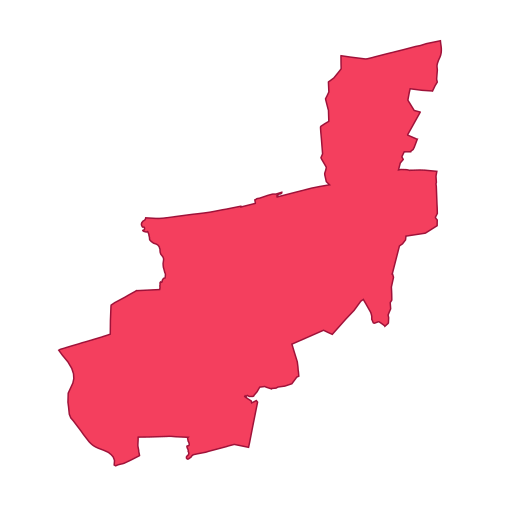 the district of Viesturu pag., Rundales, Latvia, rotated 174°
{"feature_id": "27541924B49235557147399", "entity_name": "Viesturu pag.", "entity_type": "district", "adm_level": 2, "iso_a3": "LVA", "parent_name": "Latvia", "parent_adm1": "Rundales", "projection": "orthographic", "projection_center": [23.935, 56.446], "detail": "fine", "context": "isolated", "style": "filled", "palette": "rose", "viewbox_px": 512, "rotation_deg": 174, "n_neighbors": 0, "source": "geoboundaries", "source_scale": "gbopen_adm2", "svg_char_len": 5855}
<svg xmlns="http://www.w3.org/2000/svg" viewBox="0 0 512 512"><g transform="rotate(174 256 256)"><path d="M249.9,312.4L251.3,311.9L251.1,309.2L251.2,308.4L265.9,306.3L265.9,307.1L279.7,305.8L280.6,305.7L284.4,305.5L292.2,304.8L297.2,304.4L303.3,304.2L309.9,304.1L314.6,304.1L344.1,303.3L348.7,303.5L352.0,303.9L361.7,305.5L361.9,304.8L362.5,303.7L363.6,303.0L364.5,302.6L365.0,302.3L365.5,301.6L366.0,301.3L366.1,300.9L366.3,300.5L366.5,300.2L366.7,299.1L366.5,298.2L366.3,297.6L365.9,296.8L365.5,296.5L365.3,296.5L364.5,296.5L364.2,296.3L364.0,295.9L363.9,295.6L363.9,295.3L364.1,294.5L364.3,294.0L364.5,293.8L365.0,293.6L365.9,293.3L365.9,293.0L365.4,292.6L365.0,292.2L363.2,291.5L362.2,291.3L361.8,291.5L361.5,291.7L361.1,291.4L361.0,291.2L361.0,290.9L360.7,290.1L360.6,289.8L360.4,289.2L360.3,288.6L360.3,287.8L360.3,287.7L360.3,287.4L360.2,287.1L360.0,285.3L360.1,283.7L359.9,283.0L358.7,281.4L356.6,279.5L353.8,278.2L352.5,277.2L351.2,275.2L351.2,274.3L350.9,273.4L350.8,272.7L350.8,271.9L350.9,271.6L350.9,269.7L350.6,268.2L350.4,267.6L348.8,265.1L348.4,264.0L348.2,262.9L348.3,261.8L348.6,260.6L349.2,258.2L349.3,256.2L349.3,254.5L348.8,251.6L348.5,249.4L348.1,248.1L348.0,247.0L348.4,244.9L348.7,243.7L350.3,243.4L351.5,242.0L352.0,240.9L352.0,240.4L352.5,239.8L353.1,239.7L353.5,240.2L353.9,239.9L354.1,239.7L354.3,239.1L354.3,237.9L354.7,236.5L354.8,234.4L355.3,232.7L378.4,234.0L378.5,234.1L380.7,233.0L381.1,232.9L387.2,230.3L390.7,228.7L401.3,224.4L405.2,222.3L405.5,221.0L407.5,207.2L409.1,193.5L412.1,192.8L420.4,191.1L434.9,188.4L438.0,187.9L441.2,187.2L448.5,185.9L460.5,183.6L462.0,182.9L459.0,177.7L454.1,170.3L451.0,163.5L449.8,158.0L450.0,153.1L451.4,148.8L457.1,139.2L458.3,130.3L458.2,125.5L458.2,118.1L457.1,114.3L455.0,111.3L448.4,100.4L446.3,96.6L441.4,88.7L439.9,86.8L438.4,85.2L437.3,84.2L435.4,82.8L432.9,81.3L427.7,78.7L423.3,76.1L420.8,73.6L419.1,71.2L418.5,69.2L418.1,67.3L418.9,63.0L417.5,62.0L415.3,62.7L412.8,63.1L410.1,63.4L408.7,63.7L401.3,66.3L395.1,68.7L393.2,69.4L392.7,69.7L392.8,71.6L392.9,72.2L393.1,74.2L393.0,74.5L393.0,75.2L393.3,78.8L393.3,80.0L393.2,80.8L392.5,85.2L392.2,87.9L392.1,88.2L381.4,87.2L363.8,85.9L361.5,85.8L359.1,85.5L355.0,84.7L342.5,82.8L342.9,82.5L343.0,82.3L343.1,81.3L342.9,80.5L342.9,79.3L342.8,78.8L342.6,78.4L342.4,78.0L342.1,76.6L342.1,75.4L342.3,75.1L342.5,74.7L342.9,74.4L344.3,74.3L344.6,74.0L344.6,73.1L344.5,72.7L344.4,72.1L344.1,71.5L343.7,69.9L343.9,68.7L343.5,67.8L343.5,66.4L344.3,65.1L345.5,64.3L346.2,63.4L346.3,62.3L345.5,61.2L344.4,61.2L341.6,62.8L340.9,63.8L340.2,64.3L339.9,64.3L339.4,64.9L335.0,65.4L326.5,66.1L323.6,66.7L305.6,69.5L303.2,70.0L297.3,70.9L283.7,66.6L283.4,66.5L281.8,71.4L276.6,88.4L273.6,98.0L269.7,110.5L270.8,112.2L274.1,110.9L275.7,110.4L275.9,112.3L280.8,116.3L280.7,116.4L280.9,116.5L281.9,117.4L281.4,118.1L280.7,117.3L279.3,118.3L277.4,117.0L274.1,116.7L273.7,116.7L272.9,117.0L272.5,117.7L269.2,120.8L266.0,125.2L260.9,125.3L259.6,124.5L254.7,122.3L254.7,122.6L253.2,122.6L249.9,122.5L249.7,122.6L248.3,123.2L247.6,123.4L240.9,123.6L233.7,125.2L228.1,131.3L226.0,132.0L225.9,136.2L226.0,138.2L225.9,141.2L226.0,146.4L226.1,147.0L228.2,157.6L229.5,164.6L196.6,175.1L194.5,173.8L192.6,172.6L188.3,170.1L187.9,170.5L172.9,184.2L164.8,191.1L164.2,191.6L156.5,200.1L153.8,201.6L153.3,200.4L151.7,196.9L148.0,188.4L147.7,187.4L147.4,185.8L147.2,184.2L147.2,183.6L147.5,180.8L147.2,180.1L147.1,179.8L146.4,177.4L145.9,177.0L145.5,176.9L145.1,176.8L141.3,177.8L140.5,177.7L140.1,177.4L137.2,174.9L135.4,173.2L135.2,172.6L131.7,175.1L131.3,175.7L130.5,180.8L130.8,183.5L130.7,183.7L129.5,186.0L127.6,189.4L127.4,195.5L127.3,195.8L127.2,195.9L125.7,197.7L125.6,197.9L125.5,198.4L125.0,204.1L124.8,207.2L124.6,211.0L121.6,220.0L121.5,220.3L121.5,220.7L122.0,223.4L122.1,223.7L122.5,223.9L122.3,224.1L112.3,251.0L109.6,252.5L109.1,252.7L105.6,256.4L104.8,260.1L85.5,261.0L85.0,261.1L72.7,267.2L72.0,272.9L73.3,274.8L73.4,275.1L73.5,275.8L71.2,279.4L70.8,284.7L70.6,288.5L69.4,306.5L69.5,309.1L69.0,310.0L68.9,310.6L68.7,315.8L68.6,316.8L67.3,321.3L79.1,323.7L84.1,324.4L92.1,325.0L93.5,325.2L93.9,325.2L94.1,325.0L95.8,325.7L97.7,326.2L103.0,326.9L105.3,326.7L102.8,333.4L99.5,336.6L99.5,336.8L100.5,339.1L100.4,339.6L100.2,340.1L97.8,344.0L97.7,344.1L91.2,343.5L91.1,343.8L90.8,344.2L89.8,344.8L88.6,345.5L87.8,346.8L87.4,347.3L83.4,355.3L83.6,355.3L92.2,360.2L92.4,360.3L92.5,360.5L92.5,360.8L92.3,361.1L87.4,368.0L77.7,381.8L77.7,382.0L83.2,384.1L83.5,384.3L88.6,394.9L88.6,395.4L86.4,402.8L85.2,406.2L73.4,403.4L63.4,401.7L63.2,401.6L60.0,406.8L58.6,408.6L58.5,408.9L57.9,409.4L57.6,409.9L57.6,410.5L57.6,411.1L57.7,411.4L57.9,411.9L57.8,412.8L57.8,413.5L57.5,415.1L56.2,422.0L56.2,423.1L56.2,425.3L56.0,426.9L55.3,428.9L54.0,431.6L53.9,431.8L52.3,434.5L51.4,436.3L50.9,437.8L50.5,439.2L50.2,440.9L50.0,443.1L50.0,445.4L50.1,448.3L50.1,450.8L64.3,449.4L70.7,448.1L75.4,447.7L87.7,445.8L106.3,443.2L117.8,441.5L119.4,441.2L124.8,440.5L126.5,440.5L141.1,443.9L150.5,446.3L150.6,446.0L151.4,437.7L151.6,435.0L151.7,433.7L151.8,433.3L152.1,432.9L152.7,432.2L160.0,424.9L163.7,422.7L165.7,421.6L165.8,421.4L166.4,411.5L168.5,408.0L170.4,405.1L170.3,403.8L169.0,394.9L168.7,393.4L168.8,392.1L169.5,382.5L169.5,382.4L169.7,382.2L173.9,380.3L177.9,378.2L178.1,377.9L178.3,377.6L178.4,377.0L178.5,375.3L178.6,372.6L178.7,365.8L179.1,350.6L181.1,347.0L181.1,346.8L180.6,345.4L176.9,337.2L176.9,336.4L177.3,335.2L177.9,333.6L179.0,331.1L179.1,330.3L179.1,329.3L178.3,322.6L175.4,319.1L183.1,318.6L184.4,318.5L185.0,318.5L185.9,318.4L193.6,317.7L228.8,312.5L228.9,313.2L228.8,313.8L228.7,314.0L227.6,314.4L226.8,315.0L226.2,315.3L225.7,315.3L225.0,315.2L224.6,315.4L224.0,315.7L223.7,316.3L223.7,316.7L229.7,315.5L232.5,315.8L233.3,315.8L237.7,315.1L246.5,313.1L248.7,313.0L249.4,312.8L249.9,312.4Z" fill="#f43f5e" stroke="#9f1239" stroke-width="1.5"/></g></svg>